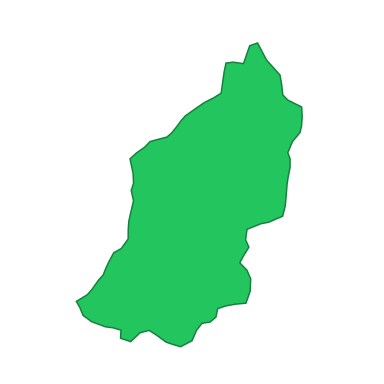 Lefkonoiko, Cyprus, rotated 188°
{"feature_id": "46923920B58626774901810", "entity_name": "Lefkonoiko", "entity_type": "district", "adm_level": 2, "iso_a3": "CYP", "parent_name": "Cyprus", "parent_adm1": "", "projection": "orthographic", "projection_center": [33.737, 35.264], "detail": "fine", "context": "isolated", "style": "filled", "palette": "green", "viewbox_px": 384, "rotation_deg": 188, "n_neighbors": 0, "source": "geoboundaries", "source_scale": "gbopen_adm2", "svg_char_len": 1233}
<svg xmlns="http://www.w3.org/2000/svg" viewBox="0 0 384 384"><g transform="rotate(188 192 192)"><path d="M291.3,67.6L287.0,62.0L282.7,54.6L273.4,49.6L259.1,46.5L251.1,46.5L243.1,45.3L242.4,37.2L231.9,35.3L223.9,45.3L215.2,49.0L207.2,45.3L196.7,39.7L189.9,38.4L181.8,37.2L171.3,44.7L168.2,55.8L163.9,63.3L155.9,65.8L150.9,71.4L150.3,80.1L142.9,83.8L133.6,86.9L123.1,89.4L120.6,101.8L121.2,108.0L121.8,114.2L126.8,122.3L134.8,128.5L132.3,135.4L128.0,145.3L132.3,152.2L132.3,162.7L119.3,170.2L111.9,172.7L98.9,180.7L98.1,187.7L97.7,191.3L98.3,203.1L98.9,211.8L98.9,219.3L98.3,229.9L99.5,238.6L102.6,244.2L99.5,256.0L93.3,265.9L92.7,272.1L93.3,281.5L95.2,291.4L110.0,296.4L115.6,300.8L118.1,310.7L121.1,320.0L136.6,333.1L147.8,348.7L155.2,344.9L158.9,326.3L169.4,326.3L176.3,324.4L176.9,315.1L176.9,300.8L176.9,293.9L183.7,288.3L192.4,282.1L197.9,277.1L209.1,266.6L212.8,261.0L216.5,254.1L220.2,247.9L224.5,242.9L232.0,239.8L240.6,236.1L245.0,229.9L252.4,223.0L258.0,216.2L253.0,202.5L251.1,192.6L252.4,185.1L248.7,175.2L249.9,162.1L250.5,154.0L249.9,145.9L248.7,136.6L254.2,126.1L261.0,121.1L264.7,111.1L266.6,104.9L268.4,97.5L272.2,91.9L277.7,81.3L281.4,75.7L291.3,67.6Z" fill="#22c55e" stroke="#15803d" stroke-width="1.5"/></g></svg>